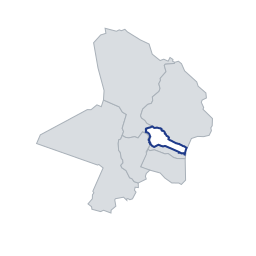 Benin highlighted among its neighbors, rotated 294°
{"feature_id": "BEN", "entity_name": "Benin", "entity_type": "country or territory", "adm_level": 0, "iso_a3": "BEN", "parent_name": "Africa", "parent_adm1": "", "projection": "natural_earth1", "projection_center": [2.346, 9.3], "detail": "fine", "context": "with_neighbors", "style": "outline", "palette": "blue", "viewbox_px": 256, "rotation_deg": 294, "n_neighbors": 6, "source": "natural_earth", "source_scale": "50m", "svg_char_len": 4860}
<svg xmlns="http://www.w3.org/2000/svg" viewBox="0 0 256 256"><g transform="rotate(294 128 128)"><path d="M43.4,147.0L42.9,139.1L40.5,137.0L39.1,128.1L41.3,126.7L42.4,122.3L48.8,124.2L52.5,122.7L54.9,123.2L55.9,121.6L81.4,121.5L82.8,116.2L81.8,115.3L76.6,50.8L86.1,50.7L128.2,83.3L129.7,86.8L136.5,90.2L136.6,94.9L143.6,94.2L143.7,111.4L140.2,116.4L139.7,121.0L125.4,122.8L123.0,125.4L114.9,125.8L113.3,124.3L109.8,125.4L103.8,128.5L102.6,130.8L97.6,134.2L96.7,136.1L94.1,137.6L91.0,136.6L89.2,138.4L88.3,143.5L83.2,149.7L83.3,152.2L81.5,155.4L81.9,159.7L77.8,161.7L76.8,158.6L73.8,159.2L72.7,161.4L65.1,160.9L63.2,158.8L63.5,156.6L62.8,155.7L61.4,156.4L63.0,152.1L58.3,145.3L57.0,145.1L51.6,148.7L46.1,146.0L43.4,147.0Z" fill="#d9dde1" stroke="#a8b0b8" stroke-width="1"/><path d="M209.8,66.5L211.7,78.1L214.1,80.1L214.2,82.4L216.9,85.0L215.6,88.2L213.5,103.4L213.3,113.1L205.3,120.1L202.7,129.9L205.4,132.7L205.4,137.5L209.5,137.7L208.9,141.2L207.1,141.6L207.0,144.0L205.8,144.1L201.4,136.0L199.9,135.7L194.9,139.8L186.5,137.2L184.7,138.3L181.0,138.1L177.2,141.2L174.0,141.4L166.3,137.6L163.2,139.4L160.0,139.3L157.6,136.4L151.2,133.7L144.3,134.5L142.7,136.2L141.8,140.4L140.0,143.4L139.5,150.1L134.7,145.8L132.4,145.8L130.2,148.0L130.4,142.9L123.0,141.2L122.8,137.6L119.3,132.7L118.4,129.4L118.9,125.7L123.0,125.4L125.4,122.8L139.7,121.0L140.2,116.4L143.7,111.4L143.6,94.2L152.5,90.9L170.6,76.2L191.9,61.9L201.9,65.2L205.5,69.3L209.8,66.5Z" fill="#d9dde1" stroke="#a8b0b8" stroke-width="1"/><path d="M133.7,190.3L133.9,173.6L135.1,168.9L140.2,162.0L139.5,160.0L140.7,157.0L139.3,152.6L140.0,143.4L141.8,140.4L142.7,136.2L144.3,134.5L151.2,133.7L157.6,136.4L160.0,139.3L163.2,139.4L166.3,137.6L174.0,141.4L177.2,141.2L181.0,138.1L184.7,138.3L186.5,137.2L194.9,139.8L199.9,135.7L201.4,136.0L205.8,144.1L207.0,144.0L209.5,146.9L208.5,150.7L203.2,156.5L198.1,172.0L194.7,175.1L191.7,184.9L187.3,187.4L183.7,184.4L181.3,184.5L177.5,188.8L175.6,188.9L171.0,201.3L164.3,204.0L161.9,203.6L159.4,205.3L154.3,205.1L150.8,200.5L148.7,195.1L144.2,190.2L133.7,190.3Z" fill="#d9dde1" stroke="#a8b0b8" stroke-width="1"/><path d="M122.2,155.0L121.4,159.0L125.6,163.8L125.8,167.4L127.1,168.9L126.8,186.0L128.4,191.2L123.2,192.7L120.1,185.4L119.6,181.7L121.0,175.0L119.4,172.3L118.8,161.0L116.2,157.2L116.6,154.9L122.2,155.0Z" fill="#d9dde1" stroke="#a8b0b8" stroke-width="1"/><path d="M116.6,154.9L116.2,157.2L118.8,161.0L119.4,172.3L121.0,175.0L119.6,181.7L120.1,185.4L123.2,192.7L103.8,201.8L98.1,199.7L98.4,196.8L95.6,190.4L97.3,182.0L100.0,175.7L97.5,159.5L97.7,155.3L116.6,154.9Z" fill="#d9dde1" stroke="#a8b0b8" stroke-width="1"/><path d="M81.9,159.7L81.5,155.4L83.3,152.2L83.2,149.7L88.3,143.5L89.2,138.4L91.0,136.6L94.1,137.6L96.7,136.1L97.6,134.2L102.6,130.8L103.8,128.5L109.8,125.4L113.3,124.3L114.9,125.8L118.9,125.7L118.4,129.4L119.3,132.7L122.8,137.6L123.0,141.2L130.4,142.9L130.2,148.0L128.8,150.2L125.7,150.9L124.4,154.2L122.2,155.0L113.7,154.3L111.6,155.5L97.7,155.3L98.4,165.1L94.0,163.2L91.0,163.5L88.8,165.4L81.9,159.7Z" fill="#d9dde1" stroke="#a8b0b8" stroke-width="1"/><path d="M126.8,190.6L126.8,190.3L127.8,190.0L127.6,189.0L126.9,187.9L126.7,187.7L126.5,187.1L126.7,186.7L126.6,185.7L126.2,184.8L126.8,184.8L126.8,182.0L126.8,179.4L126.8,177.1L126.8,175.3L126.7,173.2L126.7,171.6L126.7,169.5L126.5,168.9L125.6,167.8L125.3,167.2L125.3,166.5L125.1,165.7L125.1,164.3L125.1,162.7L124.0,161.7L122.6,160.7L121.5,159.8L121.3,159.6L121.5,157.2L121.7,156.9L122.1,155.9L122.2,155.1L122.4,155.1L122.6,154.8L122.8,154.4L123.0,154.5L123.3,154.6L123.4,154.4L123.4,154.1L123.5,153.8L123.7,153.7L123.8,153.4L123.8,153.1L124.0,153.1L124.4,153.1L124.7,153.0L124.9,152.8L125.2,152.2L125.4,152.0L125.4,151.8L125.6,151.7L126.1,151.6L126.5,151.7L126.7,152.0L128.3,151.7L129.1,151.9L130.7,150.3L131.1,149.9L131.6,148.8L131.7,148.3L131.9,147.6L131.6,146.2L131.6,145.9L132.3,145.6L133.1,145.4L133.4,145.4L133.6,145.2L133.9,144.9L134.4,144.7L134.7,144.8L134.9,144.8L136.6,146.7L137.3,147.6L137.6,148.1L137.9,148.5L138.5,148.7L139.0,149.1L139.4,149.8L139.2,150.3L138.8,151.3L138.8,152.1L139.7,153.7L139.8,153.9L140.1,154.1L140.2,154.4L140.3,155.2L140.4,156.1L140.5,156.7L140.9,157.6L141.0,157.9L140.7,159.2L140.6,159.3L140.0,159.3L139.8,159.4L139.5,159.8L139.3,160.3L139.3,160.5L139.8,161.3L139.5,162.4L139.2,163.1L138.7,163.6L138.2,163.7L137.9,163.8L137.7,164.1L137.8,164.9L137.1,165.7L136.7,166.2L136.5,166.5L136.6,167.5L136.4,168.5L135.9,169.3L135.0,169.4L134.2,169.5L133.9,171.5L134.0,172.8L133.9,174.1L133.8,174.6L133.8,175.3L133.7,177.0L133.6,178.3L133.8,178.6L133.9,179.4L133.9,180.2L134.1,180.7L134.3,181.2L134.3,181.5L134.2,181.6L134.1,181.8L134.1,183.7L134.1,184.3L134.0,184.6L133.9,184.9L133.9,185.9L134.1,186.5L134.2,186.9L134.1,187.3L134.0,187.8L133.8,189.0L133.8,189.5L131.1,189.8L128.1,190.3L126.8,190.6Z" fill="none" stroke="#1e3a8a" stroke-width="2"/></g></svg>